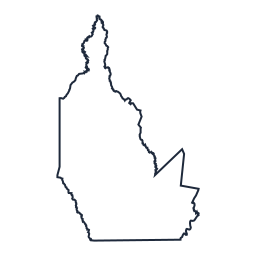 Serenje, Central, Zambia (Equal Earth projection)
{"feature_id": "96606910B77122166525946", "entity_name": "Serenje", "entity_type": "district", "adm_level": 2, "iso_a3": "ZMB", "parent_name": "Zambia", "parent_adm1": "Central", "projection": "equal_earth", "projection_center": [30.192, -13.189], "detail": "fine", "context": "isolated", "style": "outline", "palette": "slate", "viewbox_px": 256, "rotation_deg": 0, "n_neighbors": 0, "source": "geoboundaries", "source_scale": "gbopen_adm2", "svg_char_len": 5598}
<svg xmlns="http://www.w3.org/2000/svg" viewBox="0 0 256 256"><path d="M59.6,98.2L59.6,166.8L57.4,175.2L57.4,177.2L60.6,177.7L61.3,178.4L62.4,178.6L62.2,179.9L62.9,181.3L63.2,183.3L64.0,183.6L64.5,184.5L64.9,184.7L65.6,187.0L66.5,187.4L66.7,188.5L68.6,190.1L68.4,192.1L68.7,193.0L71.5,193.1L71.3,194.2L71.8,194.7L71.8,195.2L72.4,195.3L72.7,197.4L72.2,198.7L73.1,199.7L74.4,199.6L75.7,200.8L75.8,202.5L76.2,202.9L76.1,203.8L76.4,204.1L75.8,205.5L76.1,206.1L76.0,206.9L76.4,207.0L76.3,207.6L77.0,208.1L76.6,209.1L76.7,210.0L77.3,210.8L77.2,211.5L77.5,211.4L77.6,211.9L78.1,212.2L78.0,212.6L79.4,212.7L80.4,214.1L81.2,214.4L81.5,215.3L81.9,215.3L81.8,216.1L81.3,216.3L81.4,217.2L81.7,218.2L82.7,219.0L82.3,219.4L82.8,221.5L83.2,221.2L84.5,222.8L84.9,223.7L85.4,224.0L85.4,224.5L86.2,225.2L86.3,225.6L86.0,226.1L86.5,227.0L86.7,227.9L86.6,228.3L87.4,229.0L87.3,229.6L88.6,229.6L89.0,229.9L88.5,231.7L88.1,232.2L88.7,232.6L89.2,233.8L88.6,236.6L88.9,237.4L89.8,238.3L90.2,239.5L91.0,239.1L91.2,239.5L91.1,240.3L94.2,240.6L180.5,239.7L180.5,238.7L180.7,238.0L182.2,236.9L182.7,235.3L183.8,233.5L184.6,233.5L185.7,234.8L186.7,234.8L186.9,234.0L185.9,231.1L186.4,229.2L186.9,228.9L189.3,229.6L190.0,229.3L190.5,228.6L190.8,227.3L190.3,225.9L190.0,223.3L190.1,221.8L190.5,220.9L190.9,220.6L192.4,220.9L193.9,220.6L194.5,220.1L197.1,216.2L198.5,215.2L198.3,214.8L197.9,214.9L197.9,214.6L198.2,214.3L198.2,213.8L198.6,213.6L198.5,213.3L197.9,213.5L197.7,212.8L197.3,212.3L196.7,212.8L196.6,211.9L196.0,212.6L196.0,211.9L195.7,211.9L195.4,211.2L194.7,211.1L194.4,210.4L194.1,210.7L193.8,210.1L193.8,208.5L193.5,208.5L193.4,208.0L194.0,207.2L194.6,205.2L194.4,203.6L193.6,202.7L193.0,203.1L192.1,202.7L194.2,198.2L196.0,195.5L198.3,190.2L198.6,188.8L180.8,185.6L184.1,153.9L182.1,149.2L155.1,175.0L155.3,174.2L155.1,173.9L155.4,173.1L155.7,172.3L156.3,172.1L155.6,171.3L155.5,170.4L155.9,170.5L156.3,170.0L156.3,169.2L156.7,169.3L157.1,168.8L156.6,168.3L156.2,168.4L156.0,167.8L156.3,165.5L156.0,165.3L155.5,165.7L155.8,163.7L155.1,163.3L154.7,163.5L154.5,163.1L154.7,162.0L154.4,161.6L154.6,161.0L155.4,160.9L155.1,158.9L155.5,158.2L155.1,157.8L154.6,157.7L154.8,156.5L154.3,156.3L154.3,155.8L153.6,154.5L153.7,153.7L153.1,153.4L152.7,153.8L152.5,153.5L152.7,153.1L152.3,153.1L152.3,152.7L152.0,152.5L151.7,152.8L151.2,152.0L150.9,152.4L150.0,152.3L149.6,152.6L148.9,152.1L148.9,151.3L148.4,150.6L148.5,150.2L147.9,150.1L147.4,147.9L147.0,148.1L146.2,147.6L145.1,144.6L144.3,145.4L143.4,144.8L143.0,143.2L142.5,143.2L142.5,140.8L142.0,139.9L141.0,139.7L140.4,139.0L139.7,136.2L139.9,135.9L139.6,134.9L140.6,132.6L140.6,128.6L140.9,127.7L138.4,124.6L141.6,116.6L140.3,113.1L140.2,111.5L140.5,110.5L137.0,109.6L133.1,103.3L131.4,103.2L130.6,104.2L129.2,103.0L130.7,100.2L129.5,98.9L128.4,98.2L127.6,98.3L126.6,99.4L125.3,99.6L124.8,100.5L124.4,99.8L123.4,98.8L122.6,98.5L122.1,97.3L121.2,96.2L120.5,94.1L119.7,93.1L117.9,91.7L117.0,91.6L116.5,91.1L115.4,91.2L115.2,91.6L114.2,91.2L113.7,90.8L113.7,90.2L113.2,89.9L113.2,89.4L112.8,89.3L112.5,88.5L112.4,88.8L112.1,88.5L112.4,88.2L112.0,86.8L111.2,85.5L111.3,85.3L111.0,84.3L111.1,83.8L110.8,83.3L110.9,82.3L110.4,81.9L110.3,81.1L109.7,80.9L109.7,79.7L109.2,78.7L109.6,77.5L109.4,77.0L109.6,75.8L110.2,75.7L110.7,74.1L110.3,72.6L109.7,71.5L109.8,70.4L109.3,70.3L109.4,68.9L109.2,68.3L108.9,68.4L108.5,67.7L107.9,67.7L107.8,67.3L105.9,67.7L105.4,68.2L105.1,68.0L105.2,67.3L104.6,67.0L104.4,66.5L105.1,65.9L105.2,64.5L104.3,61.4L104.8,60.4L104.5,59.9L105.1,59.0L105.7,55.8L106.0,55.7L107.2,54.1L107.3,51.5L107.1,51.1L107.8,49.5L107.7,48.2L108.2,47.2L107.2,46.0L106.3,45.7L105.6,44.1L104.7,43.3L104.7,41.9L105.4,41.1L105.5,40.1L105.3,39.8L105.6,39.3L105.8,38.1L106.7,37.5L106.9,36.7L106.4,34.5L107.0,33.3L106.8,33.1L106.9,32.4L107.2,32.1L107.1,31.3L106.5,30.5L104.4,30.0L104.2,29.1L103.7,28.8L103.5,28.2L103.1,27.8L103.2,27.5L102.7,27.3L102.7,26.4L103.4,25.1L103.1,24.2L102.7,23.8L102.8,23.4L102.4,23.2L103.0,22.5L103.0,22.1L102.4,21.2L101.9,21.0L102.0,20.8L101.6,20.3L101.4,20.7L101.3,20.0L99.5,19.0L99.7,18.0L99.3,17.4L99.5,16.5L98.2,16.0L97.7,15.4L97.4,15.5L96.9,16.5L96.5,16.5L96.6,17.7L97.2,18.2L96.7,19.1L97.1,20.4L96.1,21.7L95.6,21.9L95.6,22.3L94.9,22.5L94.9,23.2L94.6,23.4L95.1,24.4L94.7,25.1L93.7,25.2L93.0,25.8L94.1,27.2L95.1,27.6L95.2,27.9L94.7,28.6L94.2,28.3L94.2,27.7L93.6,27.6L92.7,28.7L93.3,29.4L93.5,30.8L92.8,32.4L92.5,32.2L92.4,32.6L91.9,32.8L92.7,34.2L92.2,34.9L92.0,35.6L91.1,36.5L90.0,36.7L89.5,36.3L89.0,37.4L88.7,37.4L88.4,36.8L87.4,37.5L87.0,38.2L87.5,39.1L87.4,39.9L87.1,39.8L86.9,40.4L86.5,40.1L86.2,40.5L85.5,39.8L85.3,40.7L84.4,41.0L83.8,43.0L83.0,43.7L82.7,44.9L82.4,44.8L82.5,45.2L82.0,45.7L82.1,46.2L82.7,46.6L83.4,46.5L83.3,46.9L83.9,47.8L83.2,49.3L82.3,49.1L82.0,49.3L82.4,50.4L82.3,51.7L82.7,52.4L83.1,52.6L84.2,51.4L85.0,52.0L84.2,53.0L84.3,54.1L84.5,53.9L84.5,54.3L85.5,55.3L85.9,54.9L86.8,56.0L85.3,55.5L84.9,56.1L85.7,56.8L85.9,58.4L86.7,58.5L87.1,59.4L87.6,59.5L87.6,59.9L88.0,59.9L88.2,60.4L87.7,60.6L87.9,61.6L87.6,61.5L86.7,62.3L87.2,62.5L87.3,63.1L86.7,63.1L86.3,64.0L86.3,65.3L86.6,66.3L86.7,66.1L87.0,66.6L87.1,67.1L86.5,67.4L86.5,67.2L86.0,66.8L85.7,67.4L86.8,68.6L87.6,68.4L88.1,69.3L88.6,69.1L88.8,69.6L88.5,69.7L88.5,70.4L87.3,70.2L87.4,70.6L87.1,70.9L86.5,70.7L86.2,71.0L86.3,71.6L85.9,71.5L85.6,72.1L85.0,71.9L85.1,72.1L84.7,72.1L84.5,72.6L84.4,72.4L83.1,73.4L79.1,73.9L77.8,75.5L76.8,75.9L75.9,78.0L75.3,80.3L73.9,81.7L72.4,82.6L70.5,85.1L70.1,88.1L69.7,89.3L69.3,89.7L69.4,90.2L67.9,93.2L66.5,94.9L66.0,96.2L64.8,96.9L64.3,97.8L63.1,98.7L61.0,98.1L59.6,98.2Z" fill="none" stroke="#1e293b" stroke-width="2"/></svg>